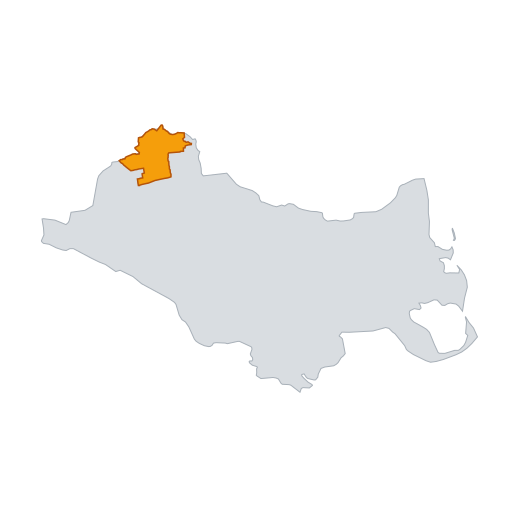 location of Serhetabat, Mary, Turkmenistan, rotated 174°
{"feature_id": "10190150B87689177497329", "entity_name": "Serhetabat", "entity_type": "district", "adm_level": 2, "iso_a3": "TKM", "parent_name": "Turkmenistan", "parent_adm1": "Mary", "projection": "robinson", "projection_center": [62.585, 35.938], "detail": "fine", "context": "in_parent", "style": "filled", "palette": "amber", "viewbox_px": 512, "rotation_deg": 174, "n_neighbors": 0, "source": "geoboundaries", "source_scale": "gbopen_adm2", "svg_char_len": 5579}
<svg xmlns="http://www.w3.org/2000/svg" viewBox="0 0 512 512"><g transform="rotate(174 256 256)"><path d="M147.5,169.2L171.3,170.4L178.5,171.3L181.6,168.1L181.5,167.3L180.4,166.7L178.7,164.5L177.5,149.6L179.6,147.5L182.0,145.9L185.6,141.3L187.5,139.9L190.2,138.7L199.2,138.4L203.1,137.4L206.4,132.1L207.2,129.0L209.7,126.6L211.1,126.6L217.2,128.7L218.5,129.8L220.5,133.7L222.8,133.4L223.1,132.8L222.9,131.9L221.2,129.5L217.4,125.1L213.7,122.3L213.4,121.4L216.7,119.2L223.1,120.2L224.8,119.5L226.5,115.9L234.9,123.9L236.5,124.6L243.3,125.7L244.4,126.8L246.6,131.4L248.9,132.6L251.8,133.4L263.9,133.6L267.6,136.6L268.2,137.4L267.5,139.6L267.2,143.7L266.2,145.3L266.9,146.0L271.1,147.8L273.6,150.4L273.9,151.6L273.1,152.3L271.1,152.0L270.1,153.2L270.1,155.3L271.5,157.4L271.9,159.2L269.8,163.5L269.8,165.3L270.4,166.3L281.3,172.8L283.0,173.0L293.6,171.8L295.6,172.6L304.8,174.0L307.4,173.8L309.1,171.7L310.8,170.9L312.4,170.8L316.8,172.2L321.5,175.0L324.5,177.5L326.0,179.8L330.2,192.5L333.0,197.7L336.3,200.4L338.6,205.3L340.6,216.2L341.9,218.4L346.9,222.7L372.7,240.4L380.5,248.4L392.6,256.0L397.1,255.2L406.6,263.3L412.6,266.4L420.4,271.3L436.8,282.4L440.3,282.8L444.2,281.3L447.7,282.2L453.8,285.0L460.5,289.3L466.1,290.8L467.7,292.7L467.8,293.7L464.7,299.1L464.4,306.0L464.9,315.2L463.3,315.3L452.2,312.7L441.7,307.1L439.2,308.9L438.0,310.8L435.4,318.8L421.3,319.3L413.0,323.2L405.5,349.1L403.9,352.3L399.2,356.6L391.1,360.7L389.9,362.4L389.6,364.0L388.6,364.4L384.1,364.4L366.9,370.1L363.1,370.1L361.6,370.5L361.0,371.6L362.9,376.7L361.3,378.2L360.3,380.8L359.4,385.3L348.1,392.3L345.7,393.1L341.2,392.5L338.8,393.2L336.4,395.4L335.3,394.8L334.7,392.5L333.5,391.0L326.5,385.4L318.3,386.3L315.3,385.8L312.9,384.9L309.2,381.6L306.9,378.5L304.3,378.9L303.6,377.4L303.5,375.7L304.2,373.7L304.1,369.8L302.6,367.0L301.0,365.7L302.9,361.2L302.9,357.9L301.8,354.2L301.4,348.9L301.7,343.8L300.1,341.2L276.4,341.4L268.0,329.4L264.5,326.5L252.8,321.4L249.5,318.7L246.9,315.7L246.3,311.6L245.0,309.2L243.1,308.8L234.0,304.1L230.3,302.8L225.2,304.0L222.2,302.7L218.7,304.5L217.2,304.6L213.4,303.5L208.8,299.2L205.0,297.4L196.8,294.7L191.1,293.8L186.0,292.2L185.5,291.6L185.4,287.9L184.8,286.4L183.3,284.6L181.3,283.2L172.6,283.3L168.7,282.0L165.5,281.7L158.5,282.0L156.3,283.0L154.9,284.1L154.0,287.7L153.3,288.2L146.5,288.3L132.2,287.5L126.2,289.3L116.8,294.8L111.3,299.4L109.7,301.4L106.3,309.5L104.9,310.7L103.0,311.6L101.1,311.8L92.6,315.0L89.2,315.8L80.8,315.4L79.2,303.4L78.7,293.8L80.1,280.7L79.9,272.2L81.7,259.3L81.3,256.2L77.2,250.5L76.7,246.6L74.1,246.4L69.9,243.1L65.7,241.8L63.6,241.7L61.7,242.7L60.2,244.6L59.3,241.6L59.5,238.4L63.0,231.9L65.1,233.8L67.6,234.6L74.0,234.2L73.5,231.9L70.3,229.7L69.7,226.7L70.0,223.7L71.0,220.8L70.1,219.7L68.6,218.9L65.1,219.0L56.1,217.9L54.9,221.3L57.2,225.8L53.3,220.7L50.7,215.5L49.1,209.5L49.1,202.9L53.0,192.4L56.4,179.5L59.7,185.0L62.1,187.3L67.7,188.9L70.4,188.5L73.4,187.1L76.2,187.6L80.4,193.2L83.6,193.8L90.2,191.6L93.4,191.2L96.0,192.1L98.9,192.1L97.7,189.5L97.3,187.0L99.0,185.6L104.1,187.1L108.3,185.6L109.1,184.9L109.6,182.7L109.1,178.3L108.2,176.5L106.0,173.9L97.0,167.6L94.0,165.2L91.5,161.9L87.8,149.2L85.0,141.0L83.8,140.1L78.4,139.4L68.2,141.4L64.7,141.0L63.0,141.8L58.7,145.2L56.6,148.2L53.7,154.9L55.6,157.1L53.5,168.4L54.2,173.3L53.9,173.6L51.1,167.6L47.2,161.6L44.2,152.4L50.5,146.4L55.9,142.2L61.5,139.0L67.4,136.9L80.5,133.5L87.7,132.3L93.5,132.1L97.9,134.1L109.7,141.5L114.8,145.7L116.2,147.3L117.5,151.3L125.9,164.2L128.0,166.0L131.3,170.1L134.5,171.3L147.5,169.2ZM58.2,261.6L57.8,263.3L56.4,258.1L55.8,252.4L56.9,250.8L58.0,250.9L56.9,252.9L58.2,261.6Z" fill="#d9dde1" stroke="#a8b0b8" stroke-width="1"/><path d="M315.5,377.7L316.0,378.3L316.6,380.1L314.9,381.4L314.7,381.5L314.6,385.5L314.6,385.9L315.9,386.1L318.1,386.5L319.7,386.6L320.8,387.0L322.4,386.2L324.2,385.6L326.2,385.5L328.5,386.1L329.6,387.0L331.1,389.3L331.9,389.5L333.8,391.5L335.2,392.0L335.2,393.7L335.2,395.1L335.7,396.1L336.6,396.1L341.6,390.9L344.1,392.9L345.1,393.1L346.0,393.4L346.7,392.7L348.4,392.5L349.8,391.5L351.4,390.8L352.8,390.2L353.5,389.4L356.5,386.5L357.9,386.1L359.3,386.1L360.5,385.8L361.2,381.8L360.5,380.8L361.0,379.5L361.0,378.4L362.2,377.7L365.0,376.5L365.0,375.5L362.1,372.2L361.2,371.1L361.6,369.7L364.6,369.6L365.3,370.3L368.2,370.3L369.5,369.7L374.3,368.3L375.5,367.8L376.2,366.3L378.2,366.4L378.7,365.9L380.6,366.0L382.1,365.0L382.0,364.9L381.0,363.5L380.7,363.1L380.3,362.6L380.2,362.5L379.3,362.0L378.4,360.9L378.0,360.2L377.3,359.5L376.8,359.1L376.3,358.5L374.6,356.8L371.6,353.9L369.2,354.0L367.5,354.4L365.5,354.4L363.5,354.8L363.4,354.8L358.7,355.0L358.4,350.3L358.4,350.2L359.2,350.0L360.6,349.8L360.7,349.0L360.5,345.5L363.2,345.4L363.4,345.1L365.9,345.0L365.8,342.9L365.8,340.7L365.7,339.8L365.6,338.4L364.6,338.3L364.6,338.5L363.9,338.7L363.1,338.8L361.7,339.1L359.1,339.4L355.3,339.8L348.4,341.7L346.3,341.9L344.0,342.2L340.0,342.6L339.2,342.7L337.5,342.8L335.8,342.9L334.1,343.2L332.3,343.6L332.2,344.3L332.0,346.2L332.0,346.3L332.2,346.8L332.5,347.7L332.5,349.2L332.4,350.7L332.7,351.1L333.0,351.6L332.8,354.0L333.0,354.8L333.1,355.4L332.9,359.2L333.4,359.6L333.5,359.8L333.5,360.0L333.5,362.6L333.1,363.2L333.1,364.0L332.8,364.8L332.9,366.1L332.5,367.0L332.2,367.3L332.0,367.6L331.9,367.7L320.7,367.4L320.3,367.9L317.3,367.8L317.2,367.8L316.9,370.9L316.9,371.0L315.6,371.0L315.3,371.0L314.9,372.6L314.8,372.9L313.6,373.2L312.2,373.5L308.7,373.6L308.5,374.7L309.9,375.1L311.6,376.6L311.8,376.6L313.6,376.4L314.5,377.5L315.3,377.5L315.5,377.7Z" fill="#f59e0b" stroke="#b45309" stroke-width="1.5"/></g></svg>